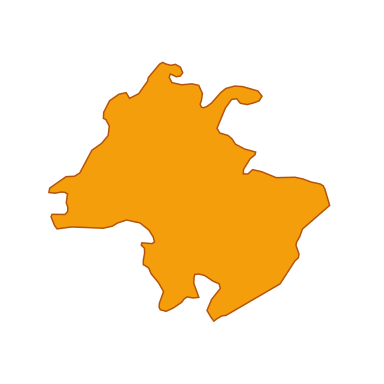 Hamadan, orthographic projection, rotated 296°
{"feature_id": "IRN-3233", "entity_name": "Hamadan", "entity_type": "Province", "adm_level": 1, "iso_a3": "IRN", "parent_name": "Iran", "parent_adm1": "", "projection": "orthographic", "projection_center": [48.6, 34.872], "detail": "fine", "context": "isolated", "style": "filled", "palette": "amber", "viewbox_px": 384, "rotation_deg": 296, "n_neighbors": 0, "source": "natural_earth", "source_scale": "10m", "svg_char_len": 1852}
<svg xmlns="http://www.w3.org/2000/svg" viewBox="0 0 384 384"><g transform="rotate(296 192 192)"><path d="M295.6,108.8L295.6,112.3L296.6,117.5L299.5,121.2L299.1,126.8L295.1,131.4L291.0,130.6L288.7,127.3L288.7,123.6L288.5,120.8L285.2,121.1L281.5,125.9L283.8,135.7L289.2,144.6L290.8,151.3L285.1,158.2L278.2,160.4L274.5,160.8L272.4,163.2L272.7,165.3L275.5,168.0L280.9,170.7L293.8,174.2L300.0,177.1L305.9,183.9L308.9,191.2L311.7,206.9L308.8,212.9L303.5,212.4L299.6,208.9L294.8,203.3L292.9,196.6L295.4,191.2L292.5,187.0L282.1,185.2L260.2,186.5L257.2,191.1L258.6,199.6L257.2,204.8L254.0,210.1L253.7,220.4L255.8,231.7L253.1,232.3L247.5,229.7L235.0,228.4L230.8,230.1L232.6,234.3L238.7,236.7L240.8,245.9L241.8,261.4L250.5,278.3L252.4,286.3L253.1,294.3L255.4,303.7L255.1,307.2L252.9,310.1L240.3,321.6L207.1,307.5L199.1,308.4L192.7,308.0L189.5,308.9L183.1,315.4L179.5,316.4L175.0,314.7L148.0,311.4L96.1,276.7L93.7,273.1L88.5,269.7L85.5,268.3L87.6,264.2L92.1,257.4L104.1,256.7L117.7,259.7L121.4,256.6L121.1,249.8L122.5,240.1L121.3,234.2L119.1,230.6L116.3,231.2L110.7,233.6L100.3,244.3L97.3,239.6L95.5,233.5L92.3,231.8L88.3,231.0L79.5,226.0L73.4,221.0L72.3,215.1L74.1,212.9L77.9,211.4L90.0,210.1L95.7,201.8L100.6,191.1L104.6,186.5L105.3,182.4L105.2,180.2L108.9,178.3L116.3,176.2L120.6,173.9L122.0,169.7L124.3,169.2L128.1,178.7L130.7,180.2L134.7,176.7L138.9,169.9L141.4,158.9L138.1,145.4L131.3,138.5L126.4,135.4L120.6,128.2L107.9,99.3L99.7,86.9L101.6,83.2L107.9,76.2L110.6,76.0L116.2,87.8L119.9,88.8L123.8,87.1L127.2,83.7L135.8,80.9L135.8,77.2L134.4,74.1L130.9,69.5L128.8,63.6L133.1,62.4L150.6,72.1L154.6,79.4L159.9,82.8L185.6,83.7L196.0,89.4L206.0,91.9L215.1,88.7L219.4,82.7L219.3,80.1L224.9,77.7L237.9,77.9L247.9,83.5L252.4,89.2L248.8,94.8L257.0,101.0L272.3,103.5L275.7,102.6L292.7,106.8L295.6,108.8Z" fill="#f59e0b" stroke="#b45309" stroke-width="1.5"/></g></svg>